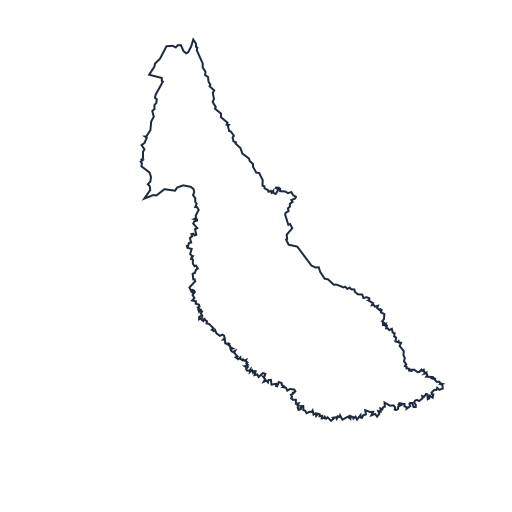 San Martín, Meta, Colombia (orthographic projection), rotated 52°
{"feature_id": "7082276B16396199828486", "entity_name": "San Martín", "entity_type": "district", "adm_level": 2, "iso_a3": "COL", "parent_name": "Colombia", "parent_adm1": "Meta", "projection": "orthographic", "projection_center": [-72.942, 3.525], "detail": "fine", "context": "isolated", "style": "outline", "palette": "slate", "viewbox_px": 512, "rotation_deg": 52, "n_neighbors": 0, "source": "geoboundaries", "source_scale": "gbopen_adm2", "svg_char_len": 6119}
<svg xmlns="http://www.w3.org/2000/svg" viewBox="0 0 512 512"><g transform="rotate(52 256 256)"><path d="M55.7,173.9L54.1,174.5L51.8,172.6L46.8,172.2L51.0,178.1L53.7,184.1L53.3,186.2L50.0,187.0L43.6,185.4L41.8,187.9L42.2,190.8L39.1,192.3L35.6,197.4L41.4,210.1L42.2,217.1L44.3,219.6L47.4,228.6L57.7,220.6L60.0,222.4L61.2,222.0L67.2,235.9L69.3,238.3L71.4,237.7L74.0,240.3L74.6,243.3L77.6,245.4L77.9,248.5L83.3,250.8L85.5,255.8L91.8,261.7L94.3,268.8L93.5,269.9L95.6,269.3L98.3,274.4L98.1,277.9L103.2,278.2L104.3,280.9L109.3,284.7L109.6,286.7L110.7,286.1L110.7,288.8L112.8,288.9L114.8,291.1L124.7,288.5L129.1,290.1L132.3,293.4L132.9,297.1L135.4,296.7L138.9,298.7L142.0,308.7L144.7,299.6L147.0,297.1L147.0,287.0L154.7,279.6L153.5,276.0L155.5,269.9L161.2,264.9L164.6,264.0L167.6,265.3L169.2,268.1L173.2,268.3L175.8,270.5L178.3,270.6L180.0,273.7L181.3,272.3L184.4,272.8L187.1,278.7L189.2,279.8L188.8,281.9L190.9,280.0L191.8,280.7L190.7,283.3L191.8,285.5L197.9,285.1L197.3,287.5L202.5,290.0L202.0,291.7L199.8,291.7L199.0,293.4L201.2,294.1L201.1,297.0L205.4,298.8L204.5,301.0L206.4,303.4L205.6,304.2L207.4,305.0L210.8,302.3L213.9,306.7L216.5,306.3L217.4,307.6L217.6,306.6L218.7,308.8L219.9,307.9L223.2,310.5L226.2,310.8L226.6,309.2L230.1,309.5L229.9,311.8L231.7,314.5L231.0,316.9L235.8,319.8L236.7,318.7L238.5,319.4L239.8,327.8L243.9,328.7L243.5,327.0L244.8,326.3L245.2,328.4L246.2,328.5L246.5,325.5L247.7,330.0L251.2,330.4L251.7,333.7L254.8,331.2L256.4,332.9L259.2,330.9L261.0,331.6L260.7,333.4L262.6,333.2L262.5,334.4L264.9,335.2L264.6,332.6L266.6,332.7L267.1,334.8L269.9,335.1L268.9,338.1L270.9,339.8L271.6,336.9L273.1,338.1L274.9,337.5L273.2,334.7L274.6,335.7L277.3,334.8L278.6,336.5L280.7,334.8L286.9,334.0L287.0,336.3L289.3,335.4L289.2,333.8L292.5,334.8L296.7,333.6L297.3,330.9L299.0,330.2L301.4,331.2L301.7,333.3L302.7,331.9L305.9,334.0L307.3,332.7L307.9,333.8L307.8,331.6L308.8,331.2L309.0,332.4L310.6,331.7L311.3,332.6L314.7,331.2L313.7,333.4L315.8,333.9L317.5,333.2L317.9,330.9L318.8,332.8L323.7,332.4L323.3,334.4L326.4,333.6L326.2,330.7L327.8,331.6L330.0,330.7L329.6,329.8L331.5,329.5L331.8,327.8L332.3,328.7L334.6,328.3L334.6,329.6L336.7,329.4L336.3,331.1L337.5,330.9L336.2,332.6L338.6,331.8L338.9,333.4L340.7,333.6L342.2,331.9L341.9,330.3L343.7,332.3L343.6,329.4L346.2,330.2L345.5,328.3L346.6,327.2L349.0,330.4L350.2,327.9L352.9,328.4L352.5,322.6L354.7,321.2L356.2,323.7L355.3,324.7L358.7,324.7L359.9,327.4L360.6,324.6L363.0,324.4L361.5,322.5L362.8,320.5L366.9,323.0L369.1,318.8L370.6,319.9L370.0,320.7L371.7,319.6L369.4,315.6L371.9,314.0L373.3,315.0L375.9,314.3L375.8,315.6L378.3,313.5L381.4,314.2L381.7,311.1L384.9,308.0L386.9,308.3L387.1,310.6L385.7,311.0L387.3,311.3L386.9,314.0L389.2,314.3L389.7,315.9L391.9,315.5L393.9,313.1L396.9,315.5L398.3,313.1L399.0,315.1L400.4,314.5L401.0,316.5L403.5,317.2L404.3,314.9L403.1,314.7L403.5,312.8L402.1,312.8L403.3,311.1L406.7,313.5L408.2,312.5L411.1,312.9L411.7,309.7L413.2,308.1L412.6,306.5L416.4,308.3L416.7,305.8L419.1,307.0L418.3,304.4L420.0,303.3L421.3,304.6L422.6,302.3L425.0,304.9L424.1,302.8L425.8,302.1L425.1,300.8L427.4,300.9L427.2,298.9L432.1,298.3L432.0,295.0L430.8,295.0L432.4,292.2L434.0,292.6L433.0,290.5L431.8,290.6L434.3,289.3L433.3,287.8L438.2,288.7L439.2,282.5L442.4,281.8L441.1,280.4L439.6,281.4L439.6,280.5L442.7,278.7L444.1,279.3L443.9,276.5L447.1,277.1L445.7,271.6L447.8,272.9L448.8,272.1L447.5,269.6L448.5,266.9L444.8,264.9L449.1,262.2L450.9,259.6L452.6,263.2L453.8,259.3L457.1,259.5L456.3,256.0L453.5,255.2L455.5,253.6L452.7,251.8L454.7,250.9L453.5,249.2L454.0,247.2L450.6,244.9L456.4,242.6L458.4,239.6L461.2,239.7L462.4,241.3L463.7,240.3L464.0,238.2L462.2,236.6L462.8,233.7L460.7,234.9L460.2,233.7L464.2,230.1L465.9,231.6L467.9,230.3L469.1,231.4L469.2,226.8L467.0,226.2L466.8,225.0L467.9,223.5L472.1,224.8L473.3,223.1L471.7,221.7L468.7,221.6L467.9,219.8L468.4,217.9L470.7,216.8L470.7,212.3L468.7,211.2L470.4,210.2L469.4,206.9L470.5,206.2L474.6,208.8L474.9,207.1L472.9,205.2L476.4,204.0L474.2,201.5L473.1,202.6L471.7,201.8L471.3,197.9L472.6,196.4L471.4,194.4L474.3,194.0L475.4,190.4L472.0,188.3L471.2,189.0L471.5,187.9L469.6,189.3L468.0,188.9L466.4,191.1L463.7,191.2L462.4,189.8L463.0,190.7L461.5,191.0L461.8,192.1L460.1,193.0L459.7,191.8L455.9,196.1L455.5,194.6L453.3,193.7L452.5,195.6L452.3,194.1L451.7,195.1L448.9,193.9L448.9,195.7L447.4,195.6L448.0,198.7L446.8,200.3L443.0,201.3L441.3,203.7L442.3,204.2L440.5,205.9L439.2,204.7L437.2,206.5L436.0,205.5L434.4,206.4L433.9,204.3L430.1,204.2L428.1,201.6L425.0,200.9L421.8,198.1L415.3,198.2L413.7,195.1L412.3,196.6L410.9,196.1L411.1,197.3L409.1,198.7L406.5,195.8L404.4,196.7L402.3,194.3L400.5,195.4L397.0,193.8L396.5,196.6L394.2,196.7L393.1,198.0L390.9,194.9L391.5,196.6L390.1,197.2L389.3,195.6L388.5,198.4L386.8,197.1L387.2,196.3L385.1,196.7L384.5,194.0L380.8,190.6L377.4,192.2L375.8,190.2L374.4,190.8L375.1,191.8L371.6,192.6L370.3,190.5L369.1,193.5L366.8,193.4L366.1,194.9L365.1,192.8L360.3,194.8L360.7,193.9L359.0,192.8L356.6,194.2L355.3,197.2L351.8,196.0L348.8,199.4L345.1,200.1L342.9,199.1L340.9,201.5L338.6,201.6L338.2,204.3L335.2,204.5L334.6,206.4L328.2,210.1L326.5,212.4L318.8,213.6L316.1,215.9L308.0,215.2L303.5,213.5L301.8,216.1L297.7,218.2L274.0,217.7L267.2,223.3L261.7,222.2L261.8,221.0L258.1,218.7L256.4,210.3L251.7,209.5L251.3,211.3L241.4,207.6L240.2,206.1L240.7,202.8L238.1,201.5L238.0,198.9L235.7,197.2L235.9,193.9L233.7,193.7L234.8,189.6L233.9,188.1L231.0,189.3L227.4,188.8L226.1,192.1L223.0,193.4L219.8,197.1L218.0,195.6L216.2,196.0L213.9,198.8L217.4,197.3L219.2,202.3L216.7,203.7L215.2,202.2L215.6,204.8L213.8,204.2L213.0,206.6L211.5,206.0L207.9,207.6L206.2,206.5L204.6,207.6L200.3,204.0L192.6,202.4L190.4,204.5L183.8,203.4L181.7,201.7L177.3,202.5L174.9,201.5L167.0,203.7L161.4,201.8L154.7,202.9L154.1,201.8L151.8,203.2L148.2,201.5L147.7,199.4L142.2,199.2L141.1,200.2L136.3,198.2L136.0,196.7L134.4,198.3L133.4,196.4L125.0,198.2L122.4,195.9L114.6,197.6L113.8,196.0L107.9,195.3L106.5,192.5L100.8,189.6L99.8,187.0L93.7,188.1L93.0,186.6L89.2,186.0L85.5,183.6L82.1,184.7L79.7,182.4L74.5,181.9L71.6,179.5L57.4,176.0L55.7,173.9Z" fill="none" stroke="#1e293b" stroke-width="2"/></g></svg>